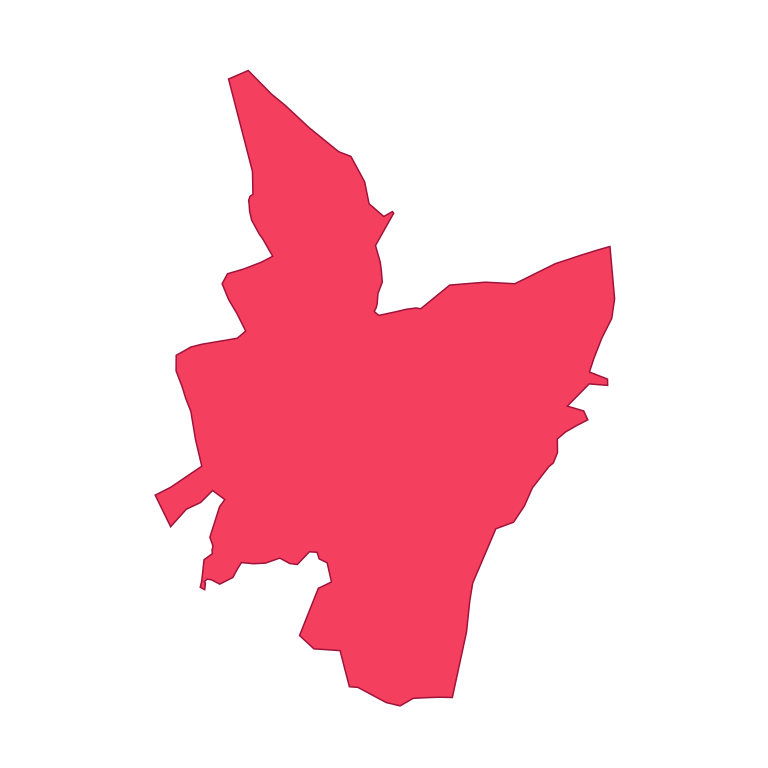 outline of Nganzai, Borno, Nigeria, rotated 176°
{"feature_id": "59680162B84828583281462", "entity_name": "Nganzai", "entity_type": "district", "adm_level": 2, "iso_a3": "NGA", "parent_name": "Nigeria", "parent_adm1": "Borno", "projection": "albers", "projection_center": [13.181, 12.442], "detail": "fine", "context": "isolated", "style": "filled", "palette": "rose", "viewbox_px": 768, "rotation_deg": 176, "n_neighbors": 0, "source": "geoboundaries", "source_scale": "gbopen_adm2", "svg_char_len": 1915}
<svg xmlns="http://www.w3.org/2000/svg" viewBox="0 0 768 768"><g transform="rotate(176 384 384)"><path d="M620.0,289.1L606.8,256.5L590.0,272.8L575.2,278.6L562.4,289.7L550.9,279.8L556.6,273.0L568.4,243.3L566.0,234.6L566.4,231.9L567.2,230.7L567.0,226.8L575.8,221.2L578.1,208.4L579.6,200.1L581.5,194.0L577.2,191.3L576.0,197.9L577.0,199.2L574.0,201.7L569.8,200.7L561.8,195.8L553.1,199.5L548.3,201.5L543.3,209.4L538.7,215.8L526.7,213.8L514.7,213.6L500.1,217.6L490.6,211.5L483.1,210.0L470.1,221.8L462.5,220.8L460.9,214.1L453.2,209.6L450.2,190.2L458.6,186.8L463.7,184.8L466.7,178.7L472.1,167.5L485.8,139.0L472.4,124.7L446.4,121.1L443.0,102.4L439.6,84.4L431.3,83.2L403.9,66.0L390.4,61.8L376.8,68.4L365.4,68.2L350.8,67.7L337.7,66.5L319.0,130.8L313.6,161.4L309.4,179.2L282.5,231.8L264.4,237.1L252.6,252.3L243.1,270.2L225.4,289.9L224.6,290.5L223.7,291.2L220.6,293.4L215.7,303.5L214.9,317.1L209.2,321.3L206.4,323.4L194.9,329.0L183.2,334.1L186.7,343.2L202.7,349.1L179.3,369.8L161.0,367.0L160.7,373.3L178.2,381.6L172.9,394.7L163.5,414.6L152.3,433.4L148.0,452.9L149.0,505.4L160.6,503.0L177.2,499.1L204.7,492.1L223.7,484.3L246.5,474.9L275.8,478.5L294.7,478.3L311.5,478.1L342.1,456.5L346.6,457.6L356.7,457.0L365.4,455.5L384.4,452.8L388.7,457.0L386.4,460.7L385.2,464.6L383.7,474.7L378.6,485.7L378.7,496.4L379.2,505.6L382.8,522.7L372.1,539.0L362.4,553.7L363.6,555.4L372.5,551.1L386.3,564.8L389.2,587.0L401.1,613.3L413.0,618.9L440.7,644.8L463.2,668.9L476.0,681.0L497.6,706.2L517.8,699.1L500.4,605.2L501.5,582.4L504.6,580.5L506.2,576.7L506.0,573.0L506.0,565.6L504.6,556.6L497.8,541.9L495.1,537.7L492.1,531.6L489.6,526.3L486.1,519.2L498.1,514.0L516.0,508.5L532.4,504.9L538.5,495.3L533.2,479.3L525.6,464.1L518.3,446.5L527.2,439.9L562.7,436.4L574.0,434.4L589.3,427.1L590.5,411.6L585.6,395.4L582.8,383.5L578.6,370.1L575.9,341.6L571.5,314.7L583.3,307.9L603.9,295.9L620.0,289.1Z" fill="#f43f5e" stroke="#9f1239" stroke-width="1.5"/></g></svg>